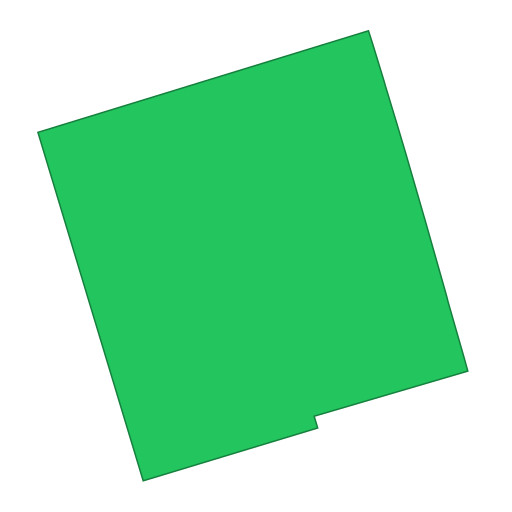 the district of Taylor, Iowa, United States of America, rotated 253°
{"feature_id": "52423323B56193221879017", "entity_name": "Taylor", "entity_type": "district", "adm_level": 2, "iso_a3": "USA", "parent_name": "United States of America", "parent_adm1": "Iowa", "projection": "orthographic", "projection_center": [-94.694, 40.736], "detail": "fine", "context": "isolated", "style": "filled", "palette": "green", "viewbox_px": 512, "rotation_deg": 253, "n_neighbors": 0, "source": "geoboundaries", "source_scale": "gbopen_adm2", "svg_char_len": 451}
<svg xmlns="http://www.w3.org/2000/svg" viewBox="0 0 512 512"><g transform="rotate(253 256 256)"><path d="M438.5,429.4L438.0,83.6L74.0,82.4L73.5,264.7L85.8,264.8L84.0,424.9L94.7,425.2L98.4,425.3L156.8,426.3L159.8,426.5L166.8,426.7L196.6,427.3L242.4,428.2L243.8,428.2L269.6,428.6L310.0,429.2L340.4,429.4L381.8,429.5L382.1,429.5L384.9,429.6L385.9,429.6L388.4,429.6L424.1,429.6L438.5,429.4Z" fill="#22c55e" stroke="#15803d" stroke-width="1.5"/></g></svg>